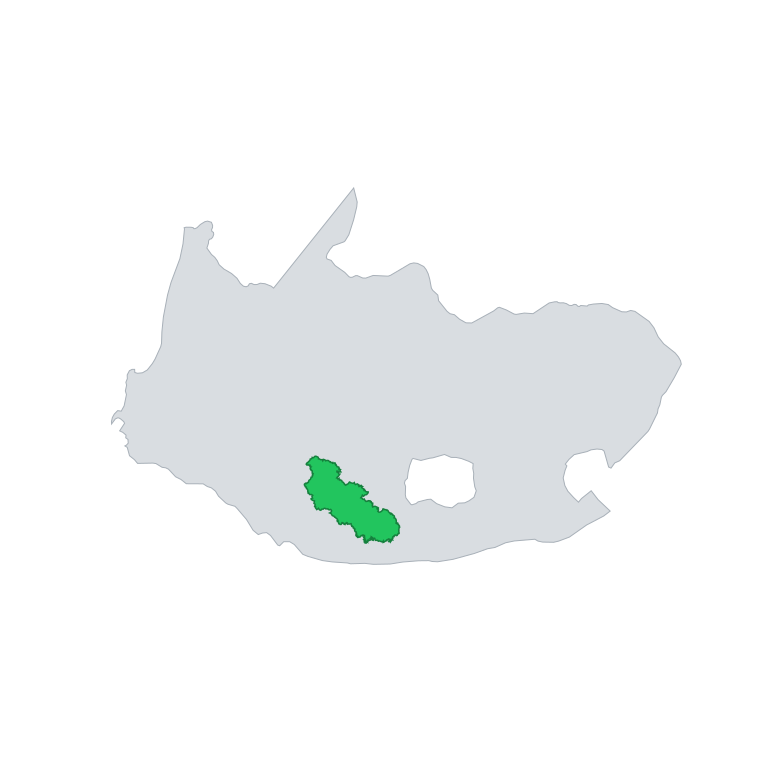 Chris Hani, Eastern Cape, South Africa shown in context, rotated 42°
{"feature_id": "47623444B97098873518332", "entity_name": "Chris Hani", "entity_type": "district", "adm_level": 2, "iso_a3": "ZAF", "parent_name": "South Africa", "parent_adm1": "Eastern Cape", "projection": "orthographic", "projection_center": [27.423, -31.861], "detail": "fine", "context": "in_parent", "style": "filled", "palette": "green", "viewbox_px": 768, "rotation_deg": 42, "n_neighbors": 0, "source": "geoboundaries", "source_scale": "gbopen_adm2", "svg_char_len": 9785}
<svg xmlns="http://www.w3.org/2000/svg" viewBox="0 0 768 768"><g transform="rotate(42 384 384)"><path d="M521.9,162.1L539.2,160.1L547.0,161.6L556.2,165.5L564.9,167.0L579.7,166.1L584.8,166.9L588.8,168.3L591.7,170.4L595.5,185.2L598.7,201.0L598.5,206.1L598.9,208.1L602.9,214.9L604.3,219.1L606.6,222.6L611.4,239.6L611.9,242.6L610.5,283.3L608.3,288.2L609.0,294.6L606.5,295.4L592.5,286.6L589.9,286.8L585.8,289.8L581.9,294.4L580.1,298.4L572.6,309.2L571.9,316.2L572.3,322.2L574.7,322.5L576.3,326.9L580.0,333.9L586.4,338.5L592.5,340.7L600.9,341.5L607.6,341.7L607.4,337.0L609.4,324.7L620.5,326.7L637.1,327.1L635.6,335.1L628.9,353.2L624.2,373.7L618.9,383.9L616.0,388.1L607.7,395.3L603.5,397.7L600.0,398.4L585.9,413.4L580.6,420.6L575.8,431.3L571.2,437.1L564.4,449.7L552.6,468.1L542.8,480.2L538.5,483.7L535.6,485.2L528.0,492.2L517.2,503.6L509.0,513.7L496.8,525.1L489.8,530.1L479.4,540.0L476.5,541.5L464.8,550.7L456.4,556.4L442.9,563.0L437.6,564.9L424.7,563.3L419.4,564.3L415.0,568.3L414.7,574.0L412.8,574.8L401.0,572.5L396.2,573.0L393.4,576.1L391.3,580.0L384.6,580.3L372.5,576.7L358.3,574.8L355.1,574.6L348.4,577.8L346.0,578.3L336.1,578.1L330.5,576.4L325.2,576.7L321.3,578.4L316.4,579.2L303.8,590.4L297.0,590.8L291.2,592.4L280.8,591.5L277.8,592.4L274.8,594.4L267.8,595.7L265.2,597.4L254.0,607.9L249.1,607.2L242.9,607.6L235.6,602.9L232.9,603.4L233.5,601.8L233.5,599.1L230.8,596.5L228.1,596.8L226.5,594.6L222.3,594.7L218.9,595.7L217.5,586.8L215.8,586.1L211.5,586.2L209.5,586.7L208.6,587.6L207.7,589.7L208.3,596.0L206.6,594.3L204.6,590.7L203.7,586.8L203.9,582.0L206.9,580.0L205.5,574.1L199.7,564.2L196.4,562.2L193.6,557.2L191.0,555.4L189.7,551.8L187.1,549.1L185.9,544.5L187.0,541.7L188.9,540.0L191.1,542.2L193.6,541.0L197.0,537.3L198.7,532.0L198.2,523.8L197.2,518.7L193.1,505.7L191.5,502.7L184.0,493.8L175.2,481.8L163.6,462.7L157.8,451.1L148.5,427.5L140.9,414.4L132.0,402.3L130.9,401.6L132.0,399.9L135.9,396.5L137.7,395.5L138.8,395.8L139.7,394.9L140.5,392.8L140.8,388.2L142.3,383.2L143.9,381.0L147.5,379.3L150.5,380.8L151.9,382.5L152.6,384.7L153.9,385.7L155.9,385.5L157.4,386.8L158.5,389.6L158.5,391.7L157.5,393.2L157.8,394.9L159.4,396.9L161.4,401.5L169.2,403.2L173.5,403.1L177.7,404.0L181.7,405.7L188.1,405.7L196.8,403.9L204.0,403.8L209.9,405.4L214.0,405.4L216.5,404.0L217.4,402.0L216.9,399.6L218.1,397.9L220.9,397.1L223.1,395.0L224.6,391.9L228.5,389.1L234.7,386.8L237.8,386.6L230.3,258.6L242.3,266.7L245.2,270.6L251.5,282.2L258.0,296.6L259.3,303.6L259.1,305.2L253.7,315.3L253.8,320.1L254.8,325.6L256.3,328.4L258.0,329.2L262.0,327.5L268.3,328.7L280.2,327.3L286.2,327.7L287.7,327.2L289.0,325.9L290.4,322.5L291.7,321.3L297.2,319.5L299.6,317.5L303.3,310.6L314.9,301.1L316.1,298.9L322.9,277.2L325.1,274.1L328.3,271.9L334.9,270.1L338.8,270.8L343.0,272.5L347.8,275.5L355.0,281.0L357.5,281.8L364.5,281.9L368.9,285.6L382.2,287.8L386.0,287.6L390.0,285.4L396.8,285.3L404.0,283.7L408.4,279.9L416.6,256.4L417.5,251.3L418.4,249.8L425.4,247.1L433.8,245.0L435.6,243.9L440.8,237.4L447.7,232.0L452.5,213.3L455.7,208.9L457.6,207.0L458.9,207.0L460.7,205.8L463.0,203.6L465.8,202.2L469.0,201.6L471.0,200.1L472.0,197.6L473.6,196.4L476.0,196.5L477.3,195.7L477.7,194.0L482.9,190.1L483.0,188.5L486.1,184.5L492.0,178.4L497.5,174.9L502.8,174.3L512.4,171.2L515.9,168.3L518.1,164.3L521.9,162.1ZM503.2,437.7L511.4,434.6L517.4,430.5L518.9,422.9L523.5,418.3L525.3,414.0L526.7,408.0L524.0,401.6L520.3,399.7L513.5,394.1L510.5,390.4L506.5,387.3L503.5,383.5L498.8,384.7L491.4,387.6L486.8,390.3L483.0,393.6L476.1,395.9L469.7,406.2L467.6,408.6L462.6,416.1L455.4,419.9L455.2,421.2L457.6,427.4L461.0,433.5L464.5,438.5L464.3,441.6L465.5,444.0L468.6,445.7L473.9,452.0L476.5,454.0L484.5,455.5L485.6,455.1L487.8,451.4L488.2,448.8L493.6,440.7L495.9,438.3L503.2,437.7Z" fill="#d9dde1" stroke="#a8b0b8" stroke-width="1"/><path d="M494.2,497.2L493.8,496.8L494.2,496.5L493.4,495.8L493.4,495.6L493.7,495.8L494.2,495.6L494.1,495.4L494.1,495.0L493.8,494.6L494.4,494.3L494.0,494.2L494.0,493.9L493.7,493.7L494.0,493.2L493.5,492.9L493.6,492.5L493.0,492.2L492.8,491.8L493.3,491.1L492.7,491.0L493.1,490.9L493.1,490.6L493.4,490.4L493.0,490.0L493.3,488.8L494.3,488.2L494.6,488.4L495.1,487.7L494.9,487.0L494.9,486.5L494.6,485.7L495.2,485.0L494.7,484.4L493.7,483.8L493.4,483.1L492.6,482.7L492.2,481.8L491.3,480.6L491.4,479.8L490.7,479.7L490.3,479.1L489.7,479.2L489.0,478.8L488.1,479.0L488.2,478.6L487.4,478.6L487.1,478.3L486.8,479.1L486.2,479.4L485.3,478.1L484.3,477.1L483.7,477.0L483.5,476.5L481.8,476.3L481.0,476.7L480.9,476.0L480.0,475.2L478.3,475.3L478.1,475.6L477.4,475.2L476.6,475.2L476.4,475.8L475.9,476.3L475.0,476.1L475.1,475.6L474.2,476.0L472.6,475.9L472.0,475.5L470.9,475.4L470.4,476.1L469.6,476.0L468.6,476.9L467.4,477.0L466.8,477.8L467.5,478.6L467.1,481.2L466.1,482.7L465.4,482.6L464.7,482.8L464.2,481.3L463.5,481.3L463.0,480.2L462.6,480.5L462.7,481.2L462.3,481.4L462.1,479.9L459.1,480.9L457.8,483.0L457.4,482.8L456.8,481.8L456.5,482.0L455.8,481.1L455.9,480.7L455.3,480.1L454.4,480.7L453.2,480.0L452.7,480.7L451.9,480.1L450.3,481.3L450.4,482.0L449.6,482.5L449.3,483.3L448.0,483.3L446.2,482.7L445.8,483.7L444.9,483.9L444.3,483.5L442.9,484.1L442.8,482.3L442.3,481.1L443.8,481.2L444.0,480.5L443.9,479.4L445.1,477.8L445.0,475.5L444.5,474.8L442.7,476.1L441.2,475.8L440.6,476.5L439.7,476.1L439.8,475.4L436.7,476.0L436.2,475.4L436.6,474.6L435.2,474.8L435.0,474.6L434.6,475.1L434.6,475.5L434.7,475.8L434.6,476.0L434.3,475.8L434.0,476.9L432.8,476.4L432.8,475.8L431.0,476.1L430.0,477.9L428.7,477.6L427.9,477.1L427.6,478.5L424.9,479.9L424.3,479.7L423.9,480.0L424.1,481.7L424.0,482.7L423.6,483.2L423.7,483.6L423.0,485.0L421.7,484.7L421.6,484.9L419.7,484.3L418.4,484.7L417.1,484.0L416.0,484.4L415.7,485.0L415.2,485.1L414.8,484.5L414.0,484.6L413.6,484.2L413.5,484.7L413.0,485.1L413.1,485.3L412.5,485.1L411.7,485.5L411.5,483.9L411.8,483.2L411.5,480.6L410.9,481.1L409.3,480.6L407.9,480.9L407.3,480.3L408.2,479.5L408.9,479.8L409.4,479.6L410.7,478.2L409.5,477.9L408.7,477.1L408.8,476.8L408.3,476.9L407.9,477.5L407.4,477.5L406.9,476.8L407.1,476.6L405.9,476.0L404.5,476.9L402.6,476.1L402.5,476.5L402.0,476.4L402.0,476.2L400.5,475.4L400.0,475.8L400.0,476.2L399.7,476.2L399.3,476.5L399.0,477.1L398.6,476.8L398.5,477.3L397.8,477.1L397.0,477.9L396.5,478.0L396.1,477.7L395.7,478.2L394.1,478.0L392.8,478.9L392.0,480.1L391.7,479.9L391.0,479.9L389.6,480.4L389.9,482.0L388.8,481.4L387.7,482.6L385.8,483.0L385.4,483.4L385.2,483.1L384.0,482.5L382.0,483.1L381.1,483.8L380.9,486.0L379.8,486.6L380.2,487.0L380.0,488.3L379.4,489.1L380.0,490.3L379.8,493.9L379.6,494.0L379.8,495.6L381.0,495.8L381.7,495.0L381.7,494.7L382.9,494.6L383.0,493.9L383.6,493.3L383.2,494.1L383.5,494.3L384.1,494.2L383.7,494.6L385.5,495.1L385.4,495.9L386.2,496.5L386.8,496.3L387.0,496.4L387.0,496.7L387.6,496.8L387.3,497.2L388.5,496.5L389.9,497.6L390.1,498.2L390.7,498.4L391.3,498.1L391.6,499.4L391.9,499.2L392.2,499.7L392.1,499.9L392.4,500.1L392.8,501.4L392.2,502.0L392.8,503.2L393.1,504.2L392.7,505.8L393.0,506.4L393.6,507.7L393.2,508.2L393.3,508.8L392.8,509.4L392.8,510.0L392.4,509.8L392.2,510.0L392.0,510.6L391.9,511.7L392.4,512.3L393.2,512.4L394.1,513.0L394.8,512.6L395.3,512.8L395.4,513.1L396.1,513.2L396.4,513.6L397.1,513.4L398.6,514.0L399.7,515.3L400.3,515.1L401.1,515.5L401.1,515.9L401.7,515.6L403.0,515.8L403.9,514.7L405.5,514.4L405.5,515.6L406.1,515.8L406.9,516.7L407.2,516.7L406.6,518.1L407.3,518.5L409.5,518.0L410.0,517.5L410.6,517.4L411.9,519.6L412.8,519.4L413.3,519.5L414.0,520.3L414.3,521.3L415.3,521.0L415.6,521.8L418.1,522.3L418.5,520.2L419.6,520.6L421.1,520.5L421.7,519.4L421.5,518.6L422.6,517.6L422.6,516.8L423.0,516.1L423.5,515.8L424.3,515.8L425.3,514.8L425.8,514.6L425.9,514.3L426.8,514.5L427.9,513.8L428.2,512.9L428.5,512.8L430.0,513.3L430.4,514.9L429.9,516.2L431.4,515.7L433.6,516.4L435.4,515.7L436.4,516.0L437.0,515.6L438.0,515.8L439.7,515.6L440.2,515.8L440.4,516.7L441.2,517.3L441.6,516.7L441.8,517.1L442.2,517.1L444.0,518.1L444.3,517.7L445.3,517.8L446.1,517.1L446.0,515.9L445.7,515.7L445.5,515.1L446.2,514.6L446.4,514.9L448.4,514.9L449.0,514.5L448.4,514.0L448.4,513.5L449.0,513.2L449.0,512.6L449.6,512.5L449.4,512.3L449.3,511.8L449.6,511.8L450.1,512.6L450.8,512.6L451.0,511.9L451.8,511.5L453.0,509.8L454.3,510.9L455.4,510.8L455.5,511.3L456.7,510.8L457.7,511.1L457.5,511.4L457.5,511.5L459.3,511.2L459.5,511.9L459.9,511.8L460.1,512.4L461.2,513.0L462.1,512.5L462.7,513.2L463.0,513.2L463.0,513.4L463.5,513.6L463.6,514.1L463.9,514.0L464.0,514.3L464.3,514.0L465.0,515.0L464.8,515.4L465.5,515.6L466.2,515.5L466.3,514.9L467.1,515.6L467.4,515.3L467.1,514.8L467.6,514.8L468.6,513.8L468.4,512.9L468.6,512.3L468.4,511.9L469.0,511.2L469.2,511.4L469.6,511.3L469.4,510.2L470.1,510.0L470.6,510.4L470.7,509.9L470.9,509.7L471.8,510.6L471.6,511.4L471.7,511.8L472.7,511.8L472.8,511.4L473.0,511.4L473.2,512.2L473.1,513.0L474.2,512.4L474.3,512.7L473.9,513.5L474.3,513.8L474.5,513.6L474.6,512.4L474.8,512.4L475.2,512.9L474.8,513.3L475.0,514.6L475.8,514.5L476.1,514.0L476.5,514.7L477.2,514.0L477.0,513.8L476.6,513.9L476.6,512.9L477.3,512.7L476.6,512.4L476.7,512.2L477.3,511.7L476.5,510.9L476.5,510.5L477.6,511.1L477.3,510.7L478.1,509.5L477.7,508.8L478.3,508.8L478.6,508.4L478.5,508.0L478.2,508.2L477.5,507.7L477.1,507.8L477.3,507.3L477.0,506.8L477.5,506.6L477.5,506.2L477.2,506.0L478.0,505.9L478.2,506.2L478.7,506.4L478.9,507.0L478.6,507.2L479.3,507.7L480.3,507.6L480.6,507.4L479.6,505.8L480.1,505.6L480.3,505.1L480.0,505.1L480.2,504.9L482.2,506.0L483.7,504.5L484.0,504.4L484.2,504.6L485.0,504.6L485.6,503.7L487.4,503.0L487.9,502.5L489.0,502.0L488.7,501.3L489.2,501.6L489.1,502.0L489.4,501.8L489.5,502.0L489.9,501.2L489.9,500.6L490.7,498.6L490.4,498.5L490.4,498.2L490.9,498.3L490.7,497.5L491.1,496.0L491.8,495.7L491.6,496.2L492.0,496.2L492.1,496.8L492.2,496.4L492.4,496.4L492.9,497.3L492.7,497.6L493.0,497.9L493.5,497.5L493.5,497.2L494.2,497.2Z" fill="#22c55e" stroke="#15803d" stroke-width="1.5"/></g></svg>